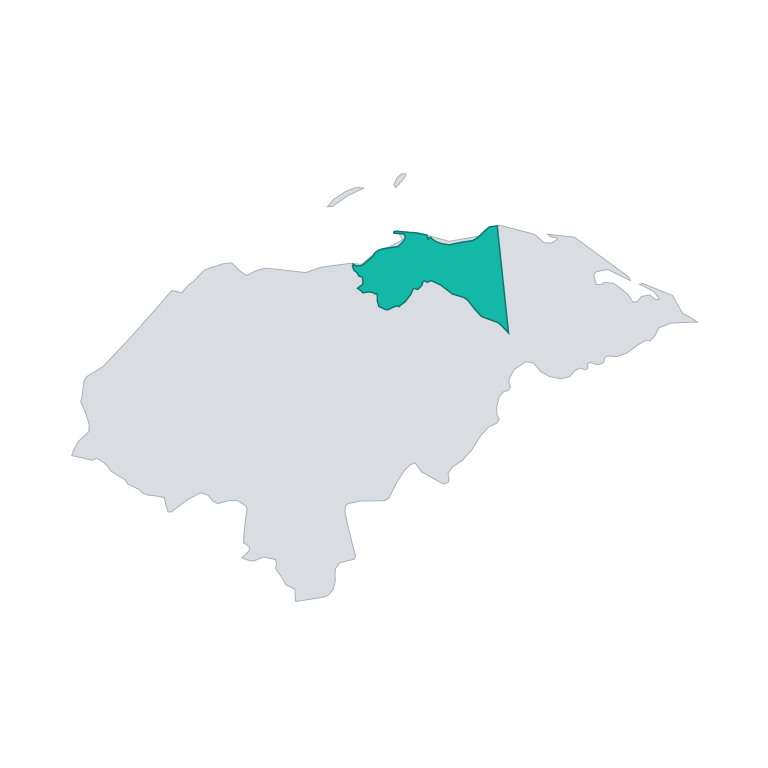 Colón on a map of Honduras (Robinson projection), rotated 354°
{"feature_id": "HND-638", "entity_name": "Colón", "entity_type": "Department", "adm_level": 1, "iso_a3": "HND", "parent_name": "Honduras", "parent_adm1": "", "projection": "robinson", "projection_center": [-85.998, 15.551], "detail": "fine", "context": "in_parent", "style": "filled", "palette": "teal", "viewbox_px": 768, "rotation_deg": 354, "n_neighbors": 0, "source": "natural_earth", "source_scale": "10m", "svg_char_len": 4541}
<svg xmlns="http://www.w3.org/2000/svg" viewBox="0 0 768 768"><g transform="rotate(354 384 384)"><path d="M702.0,355.1L675.6,353.4L663.2,357.0L657.8,365.1L653.1,368.8L649.2,368.0L641.2,371.2L629.3,378.4L618.6,381.1L609.0,379.4L606.2,381.2L605.5,383.5L604.0,385.8L600.3,387.1L596.0,386.4L591.2,383.9L588.7,384.9L588.4,389.7L585.8,390.9L580.9,388.7L575.4,390.4L569.3,396.1L560.7,397.3L549.6,394.0L541.0,387.9L534.9,378.9L527.5,376.6L514.8,383.3L509.4,391.2L508.3,395.9L509.5,400.3L507.2,403.2L501.2,404.6L496.7,409.9L493.6,419.1L493.0,426.3L494.9,431.3L491.9,434.9L484.2,437.3L475.0,445.2L464.4,458.7L453.9,468.2L443.4,473.5L438.3,479.5L438.7,486.0L438.1,488.0L436.1,488.8L432.6,489.7L412.4,475.5L406.6,465.6L401.6,467.1L395.2,472.1L386.3,483.3L376.7,498.4L372.1,500.1L348.1,497.9L335.5,499.2L332.9,501.2L331.7,506.8L332.4,514.2L335.9,540.9L337.8,551.9L335.9,555.3L329.4,555.9L321.1,557.4L316.5,562.4L315.4,567.6L314.9,574.9L312.3,582.4L307.1,587.7L302.0,589.6L273.4,591.1L273.9,578.7L265.7,573.7L261.0,563.4L256.9,556.4L258.3,552.3L257.9,547.3L246.3,543.5L235.4,546.5L229.1,544.5L224.5,541.9L232.5,535.8L233.0,532.0L230.5,529.4L227.9,527.6L228.7,520.7L230.3,512.5L234.8,493.4L233.1,490.1L225.9,484.4L216.7,483.8L206.5,485.6L201.6,482.7L197.3,476.1L190.1,473.0L177.3,478.2L163.7,486.1L159.5,488.9L156.0,488.6L154.5,482.7L153.9,475.7L153.0,473.9L145.8,471.5L137.3,469.7L133.0,467.7L129.0,463.0L118.9,456.9L116.6,452.3L103.1,441.9L100.4,436.7L97.3,432.9L90.8,428.1L85.7,429.3L68.6,423.3L66.0,422.7L68.4,417.5L73.8,409.4L85.6,400.4L86.6,393.1L83.6,379.1L80.5,370.0L82.2,366.0L85.9,349.6L88.8,345.8L105.8,337.6L107.4,336.4L120.9,324.9L135.8,312.1L151.4,297.9L168.7,282.1L178.3,272.9L182.7,268.9L192.6,272.2L200.5,264.7L205.0,262.2L215.6,253.2L218.9,251.3L236.6,247.6L245.2,247.7L252.7,256.8L258.6,261.7L269.8,257.5L279.2,256.5L317.9,265.0L333.3,261.3L361.6,260.5L374.3,262.5L392.2,250.6L403.7,248.2L417.3,242.6L415.5,236.9L412.2,234.3L432.9,236.8L463.6,248.9L496.3,246.7L508.1,240.2L515.8,238.3L549.3,250.8L558.2,260.3L565.1,261.3L570.4,259.1L571.8,257.1L565.2,255.0L562.2,252.1L588.7,257.9L638.5,303.1L639.6,306.8L618.3,293.4L607.1,294.5L604.1,296.6L604.8,303.9L605.8,307.3L610.7,307.7L614.2,305.8L623.0,308.1L628.8,313.0L635.9,320.4L640.2,328.5L644.7,328.6L649.2,323.8L657.6,323.2L663.2,328.6L667.0,328.3L661.6,319.9L648.7,311.5L651.8,311.1L680.2,326.2L688.3,345.1L695.0,349.4L702.0,355.1ZM367.8,192.8L351.4,202.0L346.3,201.8L353.8,194.7L365.9,188.7L376.2,185.7L384.6,187.0L367.8,192.8ZM423.9,183.1L416.2,189.9L414.7,186.8L418.5,180.5L423.2,176.9L427.7,177.3L426.7,180.0L423.9,183.1Z" fill="#d9dde1" stroke="#a8b0b8" stroke-width="1"/><path d="M365.9,261.6L368.3,263.3L369.9,263.8L372.4,264.0L374.4,263.6L376.1,262.8L385.9,256.1L388.4,253.0L389.6,251.9L393.1,250.3L396.7,249.4L411.3,248.8L412.6,248.4L413.6,247.8L417.6,244.6L419.7,241.9L420.7,239.1L419.0,236.7L412.5,235.7L409.5,234.8L409.9,233.5L412.6,233.3L420.5,235.0L426.0,236.1L429.8,236.6L434.7,238.1L439.5,239.5L441.1,239.9L442.3,240.5L442.5,241.8L442.5,243.4L442.8,244.7L443.5,244.7L443.5,243.9L443.7,243.5L444.0,243.3L444.2,243.1L445.9,243.1L446.8,244.6L448.7,246.3L450.8,248.0L455.4,250.2L463.1,252.4L468.4,251.9L476.0,251.1L487.1,250.7L493.0,248.0L500.4,242.0L505.3,238.8L513.1,238.6L513.2,346.3L507.1,338.3L503.7,334.8L489.4,327.8L487.6,326.6L481.7,318.5L476.3,309.7L472.6,306.4L461.4,301.6L450.9,291.6L442.7,286.7L440.5,286.2L439.6,286.7L438.6,287.1L437.8,287.3L436.8,286.8L436.1,286.2L435.4,285.9L434.9,285.8L432.6,287.0L432.8,288.1L432.5,289.0L431.7,290.0L429.5,292.0L427.5,293.4L426.3,293.3L425.1,292.4L424.4,292.2L423.7,292.1L423.0,292.4L422.6,293.0L420.1,297.6L413.8,304.3L407.9,307.8L407.5,308.6L406.8,308.6L406.1,308.2L405.3,307.9L404.3,307.8L402.4,308.1L401.5,308.6L399.8,308.9L397.9,310.0L395.5,310.6L393.2,310.0L386.9,306.3L386.7,303.2L386.1,301.7L386.0,301.1L386.6,295.8L386.5,294.3L386.2,293.3L385.8,293.0L385.4,292.9L385.1,293.1L385.0,293.4L384.9,293.5L384.7,293.5L384.6,293.4L384.4,293.2L384.1,293.1L383.8,293.0L383.5,292.9L383.2,292.7L382.9,292.2L382.6,291.9L382.3,291.7L382.0,291.6L381.8,291.5L381.2,291.6L378.6,290.8L373.7,291.0L372.6,291.0L372.1,290.8L371.9,290.3L370.7,288.7L367.7,286.0L369.9,284.5L372.3,283.5L373.3,282.4L373.7,280.9L373.7,278.3L373.6,275.6L373.3,275.2L372.9,274.8L372.3,274.8L371.9,274.8L371.4,274.5L370.4,274.1L370.1,273.5L368.9,270.6L368.0,269.6L366.5,268.3L365.9,267.4L365.6,266.4L365.4,264.8L365.2,264.1L365.1,263.4L365.0,263.0L365.1,262.8L365.2,262.7L366.0,262.6L365.9,261.6Z" fill="#14b8a6" stroke="#0f766e" stroke-width="1.5"/></g></svg>